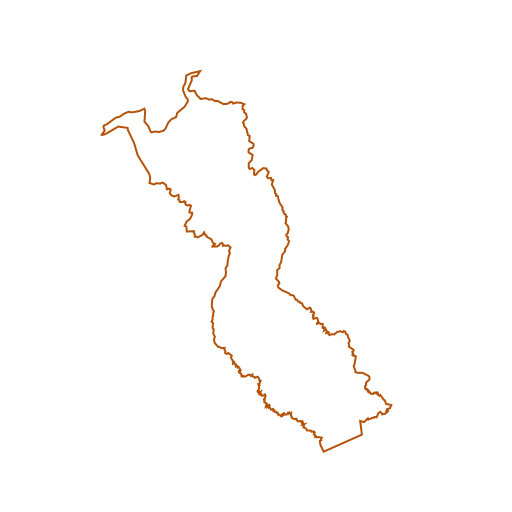 the district of Miranda, Cauca, Colombia, rotated 219°
{"feature_id": "7082276B64224569928745", "entity_name": "Miranda", "entity_type": "district", "adm_level": 2, "iso_a3": "COL", "parent_name": "Colombia", "parent_adm1": "Cauca", "projection": "equal_earth", "projection_center": [-76.228, 3.222], "detail": "fine", "context": "isolated", "style": "outline", "palette": "amber", "viewbox_px": 512, "rotation_deg": 219, "n_neighbors": 0, "source": "geoboundaries", "source_scale": "gbopen_adm2", "svg_char_len": 6103}
<svg xmlns="http://www.w3.org/2000/svg" viewBox="0 0 512 512"><g transform="rotate(219 256 256)"><path d="M415.8,364.5L421.6,357.0L423.8,352.3L419.8,346.1L418.9,341.7L417.3,339.1L411.4,335.7L407.5,334.7L406.2,333.2L405.4,327.0L407.3,317.6L405.5,313.7L407.8,309.0L408.2,304.8L406.6,298.4L406.6,295.4L409.5,291.2L413.0,289.0L415.0,286.3L416.1,286.3L421.8,289.3L427.2,290.2L433.3,298.8L435.5,300.2L437.7,295.5L442.6,289.7L445.8,287.8L448.0,283.9L449.5,278.7L452.0,275.2L454.8,264.7L456.3,261.5L455.8,260.3L452.5,258.2L452.2,253.1L451.3,253.6L449.4,256.9L444.5,269.9L436.5,274.7L434.7,273.2L422.1,267.2L411.1,259.7L390.6,252.6L387.4,250.2L384.7,245.7L380.3,247.4L379.2,249.9L375.9,252.1L375.4,253.7L374.1,254.4L370.7,254.6L367.1,251.8L365.4,254.1L364.1,253.9L362.6,250.6L360.0,249.9L357.1,250.7L354.7,254.7L352.8,252.9L352.0,250.9L350.6,251.3L349.4,250.0L347.5,251.3L346.1,253.5L345.3,252.9L344.6,253.4L343.3,251.7L341.8,251.8L340.6,252.4L340.2,253.7L338.2,254.2L335.7,248.4L334.6,248.0L333.1,249.4L331.8,248.4L330.6,243.3L331.6,239.2L330.5,234.6L328.6,235.0L325.2,231.5L319.8,236.2L319.2,235.1L317.2,234.4L315.8,232.4L314.7,233.5L313.1,233.7L310.9,238.6L311.2,241.7L308.7,240.4L307.3,240.8L306.5,239.9L301.2,240.9L297.7,239.1L295.5,239.6L295.3,238.6L296.2,236.6L295.8,235.9L292.2,238.9L291.4,241.2L291.6,243.2L290.8,244.6L289.7,244.6L288.0,243.1L287.0,244.6L285.5,245.0L284.5,246.8L281.2,246.7L280.0,242.7L277.9,241.7L277.6,239.9L275.4,235.3L272.4,230.8L271.8,227.1L269.0,224.4L267.0,221.0L267.2,214.3L265.1,209.5L264.5,202.0L262.9,198.4L263.2,196.5L262.4,194.2L259.0,189.4L255.6,186.9L254.0,186.7L252.9,183.9L251.8,182.9L251.5,181.4L249.8,179.4L249.1,177.0L247.3,176.9L244.4,172.7L242.7,172.4L240.5,168.9L237.1,167.3L236.3,164.9L233.6,162.5L228.3,161.5L227.7,162.2L224.8,162.7L222.5,164.8L221.5,163.3L219.5,162.5L219.0,161.2L216.9,161.5L216.5,163.3L212.1,163.3L211.8,161.4L207.5,159.7L206.3,158.1L206.0,159.7L204.8,158.6L203.6,159.2L202.2,157.4L201.2,158.8L200.2,157.8L199.4,158.8L196.5,157.7L197.0,155.7L196.4,155.1L196.0,155.0L196.4,156.1L195.9,156.8L195.4,155.3L193.2,155.1L191.5,153.4L190.5,154.7L190.1,154.2L188.5,155.6L187.1,159.1L185.8,159.9L184.5,159.6L184.2,161.6L182.8,160.3L180.8,161.1L180.2,160.7L178.7,163.3L176.9,162.9L174.5,161.1L174.2,162.8L173.1,159.3L173.7,157.9L171.9,157.8L172.2,156.8L170.3,155.1L169.5,153.2L170.0,152.4L169.6,151.7L168.9,151.4L168.3,152.5L167.3,151.4L166.8,153.4L165.9,151.0L165.0,151.9L164.0,150.9L161.7,152.9L162.2,153.8L161.8,154.1L160.1,152.7L159.5,149.4L158.8,149.8L157.6,147.6L154.9,148.1L153.7,145.4L153.4,146.7L152.5,145.8L152.6,147.6L152.0,148.7L151.3,148.4L151.1,146.6L150.5,146.1L149.8,146.9L147.7,146.0L146.5,147.8L145.6,146.6L144.6,147.6L143.8,146.6L142.3,147.6L141.2,147.1L140.7,147.8L138.8,146.7L138.4,147.3L135.4,147.2L134.7,149.0L135.0,149.5L136.1,149.0L136.0,150.2L135.2,151.5L134.2,150.5L132.4,152.0L132.5,154.2L131.4,154.0L131.5,155.4L130.6,155.3L130.0,156.3L128.5,153.9L127.4,153.9L126.5,152.8L124.1,153.1L122.1,155.0L121.2,154.0L119.2,153.9L118.0,155.6L117.1,155.5L116.1,156.8L115.0,156.4L115.2,155.2L113.9,155.4L113.8,154.2L112.5,155.8L112.8,153.8L111.5,153.7L111.2,152.7L108.5,153.4L106.7,152.5L103.5,154.8L102.3,154.4L101.5,155.4L100.6,155.2L100.2,156.1L99.3,155.8L98.8,153.8L97.2,154.0L96.2,152.7L95.8,153.5L95.0,153.1L93.5,154.6L90.5,156.2L90.0,154.3L89.3,153.9L90.0,152.7L89.4,151.7L87.1,149.8L80.3,146.5L61.3,183.8L71.2,193.4L67.5,194.9L66.9,200.2L65.8,199.5L63.3,204.1L62.6,204.5L62.5,205.6L60.8,206.5L61.9,210.8L61.5,213.0L59.1,213.0L58.3,212.3L56.4,214.5L55.7,218.6L56.6,219.2L57.3,218.0L57.8,219.5L56.1,221.9L57.0,225.3L62.0,222.9L64.9,224.9L66.7,224.7L71.9,226.3L72.2,224.9L73.7,225.0L75.6,226.5L76.4,225.9L76.1,224.8L77.6,224.9L78.3,223.6L78.0,222.7L80.1,221.2L81.1,221.8L82.2,221.1L83.0,222.0L83.8,221.1L85.0,222.5L86.7,221.5L86.8,222.3L88.2,222.1L89.5,223.6L89.3,225.2L90.5,226.4L90.7,227.6L90.1,231.3L91.5,233.3L93.1,233.7L99.8,232.2L103.7,229.0L105.9,228.4L106.5,229.4L110.7,231.8L111.5,234.3L115.3,240.9L117.0,240.5L117.5,239.8L118.1,240.4L118.9,240.0L119.2,241.5L120.8,242.0L120.6,243.7L121.0,244.5L126.8,244.0L127.3,245.2L129.2,246.4L129.6,248.9L130.6,249.7L133.7,251.0L135.4,252.5L136.8,251.9L138.9,253.3L140.5,253.0L140.5,251.4L143.3,250.5L145.2,247.9L145.9,244.1L147.4,243.5L149.2,240.8L149.7,241.3L151.5,241.0L151.3,243.2L152.9,240.5L153.6,242.2L155.4,242.8L156.1,240.9L157.0,243.5L157.9,243.6L158.3,242.3L159.0,242.1L161.5,245.2L162.8,244.0L164.6,243.7L165.9,241.7L166.4,242.3L166.4,244.5L169.3,246.2L170.0,246.1L171.8,243.3L173.4,244.2L173.4,245.7L174.8,246.1L174.8,248.3L176.5,248.7L178.0,247.3L178.2,248.2L181.1,249.9L181.7,249.7L182.9,246.6L187.9,246.7L190.4,248.2L191.8,247.4L193.3,248.0L194.7,247.0L196.8,247.8L197.8,247.0L201.4,248.8L202.9,248.6L204.7,247.3L206.6,247.8L214.0,245.8L218.8,245.6L220.6,246.8L220.5,249.3L222.0,250.4L226.4,251.0L227.5,254.7L230.6,258.2L230.1,261.6L232.0,263.6L232.6,267.1L236.4,273.5L236.4,278.1L237.9,279.9L238.2,284.5L239.6,288.3L241.9,288.8L242.9,290.8L244.7,290.5L245.7,291.3L245.8,293.9L247.6,297.7L249.9,299.3L253.9,300.1L254.2,301.6L256.0,303.5L256.8,306.0L257.7,305.6L259.2,307.0L260.5,306.6L262.2,307.3L262.7,308.3L264.4,308.3L265.8,310.4L271.3,312.2L277.0,316.3L278.4,315.4L279.2,316.8L280.9,316.9L282.8,319.1L288.7,321.5L290.5,325.8L291.7,324.7L293.4,326.1L295.6,324.0L297.6,324.6L298.9,329.3L301.6,329.5L302.9,330.6L305.7,328.8L307.3,323.0L307.2,319.2L307.8,318.1L309.0,318.3L311.5,321.9L314.3,322.0L315.6,319.7L317.1,320.0L320.0,323.5L319.7,328.0L322.2,332.4L326.9,331.8L328.7,334.0L328.8,335.1L326.8,337.9L326.9,339.3L328.0,341.2L328.9,341.6L333.6,341.0L336.4,345.3L338.2,344.8L343.5,348.9L347.2,349.6L348.8,351.2L350.0,351.4L350.4,352.7L349.9,356.7L350.4,358.1L353.1,360.2L355.7,360.3L356.9,362.0L358.9,361.6L360.8,364.2L360.6,366.6L364.7,365.3L368.1,362.6L369.6,360.1L371.2,360.6L372.8,359.8L373.2,357.8L374.5,355.7L377.1,353.5L383.5,352.3L385.5,350.5L388.7,350.2L391.0,348.0L394.4,347.0L397.9,343.2L403.3,343.8L407.8,345.8L411.3,342.2L413.9,343.0L416.5,352.2L418.6,354.6L418.5,355.4L415.1,358.7L415.8,364.5Z" fill="none" stroke="#b45309" stroke-width="2"/></g></svg>